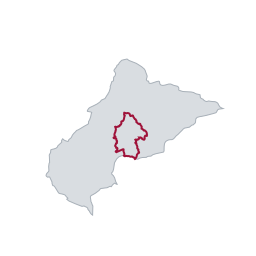 Ouaka on a map of Central African Republic (Mercator projection), rotated 335°
{"feature_id": "CAF-809", "entity_name": "Ouaka", "entity_type": "Prefecture", "adm_level": 1, "iso_a3": "CAF", "parent_name": "Central African Republic", "parent_adm1": "", "projection": "mercator", "projection_center": [20.78, 6.114], "detail": "fine", "context": "in_parent", "style": "outline", "palette": "rose", "viewbox_px": 256, "rotation_deg": 335, "n_neighbors": 0, "source": "natural_earth", "source_scale": "10m", "svg_char_len": 8277}
<svg xmlns="http://www.w3.org/2000/svg" viewBox="0 0 256 256"><g transform="rotate(335 128 128)"><path d="M173.6,98.0L175.7,98.6L176.1,99.3L175.5,101.4L175.9,102.8L177.1,103.9L178.4,104.4L179.5,104.7L183.6,105.4L185.3,106.2L187.5,108.7L190.4,111.0L191.0,112.3L190.9,113.4L190.1,114.7L190.2,115.3L191.5,116.6L193.0,118.0L195.7,119.5L200.4,122.0L202.5,123.6L203.3,124.8L204.5,126.1L206.1,127.3L207.3,128.3L206.5,130.9L206.7,131.8L207.1,132.5L208.1,133.5L208.5,134.9L209.5,136.5L210.6,137.3L212.6,137.6L213.6,138.4L215.7,139.7L217.8,140.8L218.7,141.6L219.2,142.3L219.7,143.1L219.9,144.0L219.9,145.7L220.3,148.0L221.4,149.5L222.4,150.6L218.2,149.3L217.6,149.3L216.9,149.5L214.7,151.1L214.0,151.3L211.2,150.9L204.5,149.7L199.4,148.5L197.8,148.0L195.1,147.6L193.3,148.4L191.6,151.3L191.1,151.8L188.4,152.7L187.1,152.4L184.0,153.2L179.2,152.0L177.5,152.3L176.2,152.9L172.8,154.1L170.7,154.9L168.3,155.5L165.9,156.6L164.4,157.1L162.9,157.1L161.5,156.5L160.0,156.0L158.2,155.9L156.4,156.2L154.8,157.3L154.1,158.2L152.8,160.3L151.1,163.8L150.5,164.5L149.9,164.8L142.4,163.1L139.2,162.7L137.0,163.2L134.3,162.2L133.1,162.1L132.6,162.4L131.0,161.9L128.6,160.8L126.2,160.3L124.1,160.4L122.8,160.0L121.7,158.9L120.4,156.8L117.9,154.7L114.7,153.0L112.6,151.7L111.8,150.9L110.1,150.4L107.4,150.3L104.8,151.2L101.1,153.8L97.6,159.1L95.7,161.2L94.2,161.7L93.8,163.0L94.6,165.1L94.8,167.5L94.2,171.5L94.4,174.4L93.6,173.9L92.8,172.6L92.4,172.3L90.2,172.9L89.0,173.5L88.4,174.0L87.9,174.1L87.1,173.3L86.6,173.2L85.7,173.3L84.8,173.3L84.2,173.2L83.8,173.3L82.7,172.9L78.8,171.7L78.1,171.4L77.3,171.4L75.3,172.4L74.2,172.6L71.0,173.3L67.5,173.6L66.2,173.6L65.3,174.0L64.7,174.6L63.6,178.3L63.3,179.0L63.4,179.9L63.1,182.9L63.2,183.8L59.1,192.0L58.4,190.7L58.0,189.1L57.8,187.2L57.9,186.7L57.6,186.2L57.3,184.7L57.6,183.7L57.3,182.7L56.5,181.7L55.8,181.0L55.4,180.3L55.0,180.0L54.2,179.9L53.1,179.5L48.5,174.7L43.7,169.3L42.8,167.6L42.4,166.6L43.5,166.4L43.8,166.3L43.8,165.8L43.1,164.4L42.8,162.6L42.2,161.6L40.3,159.9L38.5,158.6L37.9,158.0L37.6,157.1L36.9,151.2L36.6,149.6L36.1,148.8L35.6,148.5L35.5,148.1L35.6,147.1L35.8,146.1L35.8,145.8L36.3,144.9L36.3,139.5L35.7,138.8L34.6,138.8L34.0,138.0L33.6,137.0L33.7,136.3L34.7,135.2L35.4,134.8L37.5,133.9L38.1,133.5L38.4,132.9L38.7,132.2L39.8,129.4L41.6,126.6L42.4,126.1L44.1,122.0L44.6,120.9L44.9,119.9L45.4,119.0L47.4,117.6L48.8,115.2L50.4,115.3L52.1,115.7L54.2,115.9L55.8,115.5L56.9,114.5L61.9,112.9L62.3,111.6L63.1,110.9L64.0,110.3L64.3,110.2L64.4,110.6L65.0,112.0L66.1,113.3L67.8,114.8L68.3,114.7L69.4,113.6L72.0,112.9L72.7,112.6L74.6,111.0L76.8,109.9L78.1,109.5L80.4,108.5L82.0,108.6L84.7,108.4L89.0,107.9L92.2,107.7L93.7,107.5L94.1,107.3L94.8,105.8L95.2,105.3L96.4,104.6L98.7,102.3L100.2,100.3L100.7,99.5L101.0,99.4L101.7,98.6L101.0,97.7L98.4,95.9L98.5,95.7L98.3,95.4L98.5,95.1L99.4,94.4L100.8,93.6L102.2,93.3L105.9,93.3L109.1,93.2L109.8,93.2L112.3,92.8L114.0,92.4L115.7,91.5L119.6,91.6L122.9,89.4L123.8,89.1L124.2,88.7L124.4,88.4L125.9,87.5L127.6,85.7L129.0,84.1L129.3,83.0L133.0,79.1L134.3,79.2L135.0,78.7L136.4,76.1L136.9,75.7L138.4,75.2L139.1,74.4L139.8,73.3L139.8,71.9L139.5,70.8L139.5,70.2L139.8,69.7L140.4,69.2L143.3,67.8L144.0,67.2L144.4,66.6L145.2,66.4L146.0,66.5L146.6,66.1L147.2,65.5L149.1,64.6L151.0,64.0L152.8,64.3L156.3,65.1L157.3,67.0L157.8,67.6L162.0,72.0L162.9,73.0L165.0,76.2L166.3,78.3L167.7,81.4L167.9,83.0L167.7,84.4L167.4,88.5L167.0,89.6L165.1,91.8L165.1,92.8L165.4,93.6L166.0,93.9L166.4,94.3L166.1,96.2L166.8,96.9L168.2,97.4L171.7,97.8L173.6,98.0Z" fill="#d9dde1" stroke="#a8b0b8" stroke-width="1"/><path d="M121.3,159.1L121.2,159.1L121.1,158.8L121.2,158.5L121.3,158.2L121.3,157.7L121.1,157.4L120.8,157.1L120.5,157.0L120.4,156.9L120.1,156.2L119.8,155.8L119.6,155.5L119.3,155.4L119.0,155.4L118.4,155.2L118.1,155.0L117.8,154.8L117.1,154.0L116.9,153.8L115.9,153.4L115.4,153.1L115.1,152.8L114.7,152.6L113.4,152.3L113.1,152.2L112.9,152.0L112.8,151.7L112.6,151.3L112.9,151.1L113.0,151.0L113.2,150.9L113.4,150.7L113.7,150.2L113.9,149.2L113.9,148.8L114.0,148.6L114.0,148.3L114.0,147.4L114.1,147.1L114.3,146.7L114.5,146.3L114.6,146.2L114.8,145.9L114.9,145.6L114.9,145.4L114.6,145.2L113.9,145.1L107.7,145.0L107.4,145.0L107.3,144.6L107.2,144.5L107.1,144.4L106.9,144.3L106.9,144.2L107.1,144.0L107.2,143.9L107.4,143.9L108.0,143.8L108.2,143.7L109.6,142.6L109.7,142.3L109.8,142.0L109.8,141.5L109.7,141.3L109.6,141.2L109.0,141.0L108.9,140.9L109.1,140.6L109.1,140.3L108.8,139.0L108.8,138.8L109.0,138.5L110.2,137.5L110.4,137.3L110.4,137.2L110.5,137.1L110.8,137.0L110.8,136.9L111.0,136.9L111.3,137.0L111.5,137.0L111.6,136.9L111.8,136.5L112.0,136.2L112.2,135.9L112.3,135.8L112.3,135.7L112.2,135.4L112.2,135.1L112.5,134.9L112.6,134.7L112.4,134.3L112.4,134.1L112.4,133.8L112.7,133.1L112.8,132.8L112.7,132.6L112.5,132.3L112.2,132.0L112.0,131.9L111.5,131.7L111.3,131.6L111.2,131.5L111.1,131.4L110.9,131.2L110.8,130.9L110.9,130.6L111.4,130.5L111.9,130.6L112.2,130.7L112.6,131.0L112.8,131.0L112.9,130.9L112.9,130.7L112.6,129.0L112.7,128.7L112.8,128.4L113.5,127.4L114.1,126.9L114.8,126.2L115.0,126.1L115.1,125.9L115.4,125.5L115.5,125.2L115.9,124.9L116.1,124.7L116.3,124.4L116.7,123.3L116.8,122.8L116.8,122.0L116.9,121.5L117.0,121.5L117.1,121.8L117.4,121.9L117.6,122.0L117.9,122.1L118.0,122.3L118.5,122.4L118.8,122.4L119.1,122.4L119.5,122.6L119.8,122.6L119.9,122.4L120.1,122.4L120.2,122.5L120.3,122.4L120.8,122.4L120.9,122.5L121.0,122.6L121.4,122.5L121.7,122.2L122.1,121.9L122.3,121.9L122.6,122.0L123.0,121.8L123.9,121.1L124.0,120.9L124.1,120.6L124.5,119.6L124.6,119.4L124.8,119.3L125.3,119.3L125.5,119.3L125.8,119.4L126.0,119.5L126.3,119.5L126.4,119.4L127.4,118.9L127.6,118.7L128.3,117.9L128.5,117.6L129.5,116.2L130.2,115.6L130.3,115.5L130.3,115.4L130.3,115.2L130.1,114.7L130.0,114.4L130.1,114.2L130.3,114.0L130.4,113.9L130.5,113.8L130.6,113.6L130.7,113.2L130.8,113.0L130.8,112.8L131.1,112.6L131.7,113.1L132.2,113.6L132.5,113.8L132.8,114.0L133.8,114.2L134.1,114.4L134.5,114.6L134.8,114.9L135.0,115.2L135.2,115.4L135.3,115.6L135.4,115.9L135.4,116.2L135.2,117.7L135.2,117.9L135.3,118.2L135.5,118.3L136.5,118.5L136.6,118.4L136.8,118.4L137.1,118.4L137.5,118.6L137.7,118.9L137.6,120.3L138.0,122.9L138.1,123.0L138.4,123.2L138.5,123.3L138.5,123.9L138.7,124.6L138.7,124.8L138.6,125.0L138.6,125.3L138.6,125.5L138.2,125.9L138.1,126.0L138.2,126.4L138.3,126.5L138.8,127.8L138.9,128.1L139.0,128.3L139.3,128.5L139.4,128.8L139.5,128.9L139.6,129.0L140.1,129.0L140.3,129.0L140.5,129.1L140.7,129.3L140.8,129.6L140.6,130.2L140.6,130.3L140.7,131.1L141.0,132.2L141.0,132.6L140.9,132.8L140.7,133.1L140.1,134.0L140.0,134.4L140.1,134.5L140.5,134.8L140.7,135.1L140.8,135.3L140.9,135.8L141.1,136.0L141.1,136.3L141.2,136.7L141.3,136.9L141.5,136.9L141.9,137.0L142.1,137.1L142.2,137.3L142.4,138.1L142.6,138.3L142.9,138.9L142.9,139.1L142.9,140.3L142.7,141.1L142.4,141.7L142.3,142.2L142.3,142.4L142.2,142.5L141.9,142.8L141.7,143.1L141.4,143.0L140.9,142.5L140.6,142.4L140.4,142.3L140.1,142.4L139.6,142.8L139.0,143.4L138.9,144.2L138.4,145.0L138.0,145.3L137.8,145.4L137.6,145.4L137.4,145.3L137.2,144.9L136.8,144.7L136.6,144.4L136.3,143.8L136.2,143.7L136.3,143.6L136.3,143.4L136.3,143.2L136.2,143.0L136.0,142.7L135.8,142.4L135.7,142.2L135.3,142.0L135.2,141.9L135.0,141.6L134.9,141.6L134.8,141.8L134.7,141.9L134.6,142.0L134.4,142.0L134.2,141.8L134.1,141.7L134.1,141.8L133.9,141.9L133.6,142.2L133.5,142.3L133.0,142.6L132.8,142.7L132.6,142.7L132.4,142.7L132.0,142.4L131.8,142.4L131.7,142.5L131.3,142.6L131.1,142.6L130.9,142.5L130.7,142.1L130.4,141.9L130.2,141.8L130.1,141.7L129.9,141.7L129.7,141.7L129.7,141.8L129.7,142.0L129.8,142.2L129.9,142.4L130.0,142.5L130.0,142.8L129.9,143.0L129.6,143.3L129.5,143.5L129.6,143.9L129.6,144.0L129.4,144.2L129.3,144.3L128.6,144.4L128.4,144.5L128.4,144.8L128.5,144.9L128.7,145.0L128.8,145.0L129.0,145.2L128.9,145.5L129.0,145.7L129.0,146.0L128.8,146.3L128.6,146.5L128.7,147.6L128.6,148.8L128.5,149.1L128.4,149.3L128.0,149.8L127.9,150.0L127.8,150.4L127.8,150.6L127.9,150.8L128.2,151.5L128.3,151.7L128.3,151.9L128.3,152.0L128.2,152.2L127.8,152.6L127.7,152.9L127.7,153.1L127.7,153.3L127.8,154.1L127.8,154.4L127.8,154.6L127.7,154.9L127.5,155.1L127.3,155.2L127.1,155.2L126.9,155.2L126.6,155.1L126.4,155.1L126.2,155.2L125.6,155.6L125.0,155.9L124.8,156.0L123.8,157.4L123.0,158.2L122.6,158.4L121.3,159.1Z" fill="none" stroke="#9f1239" stroke-width="2"/></g></svg>